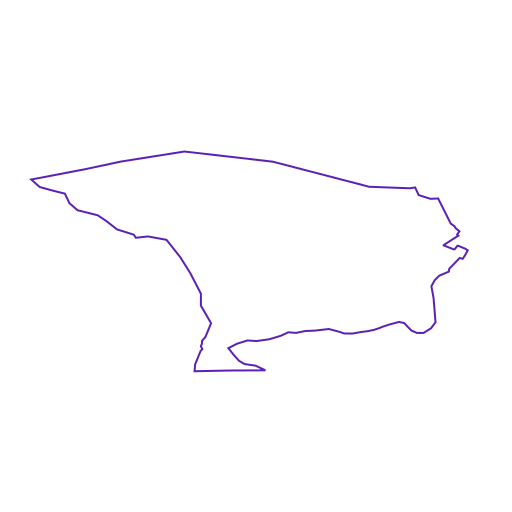 the district of Idah, Kogi, Nigeria, rotated 81°
{"feature_id": "59680162B89596725903657", "entity_name": "Idah", "entity_type": "district", "adm_level": 2, "iso_a3": "NGA", "parent_name": "Nigeria", "parent_adm1": "Kogi", "projection": "equal_earth", "projection_center": [6.753, 7.056], "detail": "fine", "context": "isolated", "style": "outline", "palette": "violet", "viewbox_px": 512, "rotation_deg": 81, "n_neighbors": 0, "source": "geoboundaries", "source_scale": "gbopen_adm2", "svg_char_len": 1356}
<svg xmlns="http://www.w3.org/2000/svg" viewBox="0 0 512 512"><g transform="rotate(81 256 256)"><path d="M145.3,466.0L154.0,458.9L159.8,446.1L164.5,435.0L174.7,432.0L182.9,425.1L191.0,406.0L198.1,398.3L208.0,389.1L215.8,373.4L219.2,371.8L219.8,359.6L226.0,341.9L245.1,331.1L262.3,323.7L284.7,316.3L296.5,318.2L306.7,314.2L315.4,310.9L328.2,318.7L331.2,322.5L334.3,323.2L336.6,324.6L339.5,323.5L341.3,325.7L353.6,333.1L360.2,334.7L365.0,299.8L370.4,264.6L364.2,273.7L360.9,284.3L356.8,289.2L350.0,293.6L342.7,297.7L339.7,288.6L338.1,277.6L340.1,268.7L340.3,255.8L338.7,244.1L336.4,236.0L338.2,228.5L337.8,219.0L338.9,209.5L339.5,195.5L344.0,185.3L346.3,181.1L347.7,172.7L347.5,164.7L347.7,157.3L347.4,150.9L346.5,145.5L345.7,142.2L344.6,135.5L343.5,125.1L345.4,120.1L350.4,116.7L353.9,114.2L357.1,109.2L358.2,102.5L354.8,94.5L349.6,89.1L339.8,88.3L325.2,87.2L313.3,87.5L307.9,83.3L304.1,78.1L301.6,68.0L298.8,67.1L289.8,55.1L291.1,52.3L287.9,49.3L283.5,46.0L281.6,48.1L277.5,54.7L277.4,55.4L280.4,58.7L280.5,59.4L274.9,69.0L274.6,68.9L272.9,65.1L270.2,59.1L267.6,53.0L266.3,54.0L263.4,51.2L259.9,54.4L257.6,55.3L254.4,58.6L227.7,67.1L226.8,74.8L221.3,85.8L213.2,88.1L213.2,93.3L211.7,101.0L205.3,133.5L203.6,137.3L165.5,224.6L153.8,266.5L141.6,310.4L141.6,374.8L143.6,412.3L143.8,419.5L145.3,466.0Z" fill="none" stroke="#5b21b6" stroke-width="2"/></g></svg>